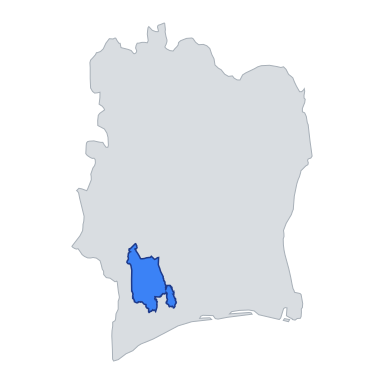 location of Nawa, Bas-Sassandra, Ivory Coast
{"feature_id": "98640826B56207519899242", "entity_name": "Nawa", "entity_type": "district", "adm_level": 2, "iso_a3": "CIV", "parent_name": "Ivory Coast", "parent_adm1": "Bas-Sassandra", "projection": "equal_earth", "projection_center": [-6.491, 5.911], "detail": "fine", "context": "in_parent", "style": "filled", "palette": "blue", "viewbox_px": 384, "rotation_deg": 0, "n_neighbors": 0, "source": "geoboundaries", "source_scale": "gbopen_adm2", "svg_char_len": 8814}
<svg xmlns="http://www.w3.org/2000/svg" viewBox="0 0 384 384"><path d="M96.4,52.7L97.5,52.6L100.5,51.5L103.3,48.8L105.9,43.2L109.3,38.7L113.2,39.0L114.4,38.2L115.7,38.1L117.3,41.0L119.0,43.3L120.1,43.3L121.0,47.6L128.1,49.4L131.1,50.5L133.7,53.6L134.6,53.7L135.7,53.1L136.5,52.0L136.7,50.8L135.6,48.0L136.1,45.5L137.2,43.2L139.0,43.1L141.8,42.4L144.9,42.4L147.3,42.8L148.2,40.6L147.3,34.2L147.6,30.8L148.0,27.8L148.8,26.6L152.3,30.3L155.6,31.6L157.9,31.7L158.5,31.1L157.5,27.0L157.8,25.8L158.6,25.1L160.1,24.7L164.2,23.0L164.7,23.4L165.4,29.7L165.1,31.8L165.9,36.1L167.0,40.1L166.9,41.8L166.1,44.3L165.0,46.5L165.1,47.5L166.8,49.0L169.9,50.6L173.1,51.0L174.9,48.7L176.8,46.8L178.1,45.1L178.6,42.5L180.6,40.7L186.5,38.4L191.9,38.0L193.2,38.8L195.6,42.3L198.7,44.7L203.4,44.4L206.9,45.8L209.8,48.5L211.8,54.5L214.0,58.8L215.0,65.0L218.4,68.2L221.1,69.7L224.7,74.2L228.5,76.4L232.4,75.9L234.2,78.2L237.1,79.9L240.0,80.0L242.6,74.9L245.9,72.8L254.5,68.7L257.8,66.8L261.3,65.7L269.5,65.3L277.1,66.6L280.9,67.5L283.5,66.8L286.0,69.3L288.6,74.4L290.7,76.0L292.8,77.8L294.4,81.9L296.3,85.9L297.3,87.7L299.6,91.7L301.6,91.7L303.5,90.0L304.3,88.7L304.7,91.3L304.0,95.6L304.1,98.2L305.2,99.2L304.7,102.6L302.4,108.4L302.4,111.8L304.7,112.9L306.3,116.5L307.3,122.7L308.2,124.8L308.3,126.0L310.0,141.0L312.1,156.1L310.8,158.1L309.0,158.6L307.9,159.3L307.6,160.7L308.3,162.8L307.9,164.7L305.7,166.0L300.9,170.8L300.6,172.7L299.4,176.8L298.3,179.2L296.8,183.9L294.3,196.1L293.5,206.2L293.3,209.3L292.4,211.5L291.3,214.7L286.2,223.3L283.5,230.4L283.9,233.5L284.0,236.6L283.2,238.9L283.4,244.9L284.0,249.9L285.0,254.8L288.8,268.8L290.7,277.2L292.0,284.1L293.0,288.6L294.0,290.5L294.5,292.3L300.0,293.5L301.1,294.6L302.7,303.5L302.4,307.5L301.3,309.0L301.4,312.4L301.1,316.6L300.3,318.3L297.2,318.5L295.1,320.1L292.3,319.5L292.0,318.5L290.5,318.1L286.4,315.7L287.0,307.9L285.1,307.6L283.6,308.6L280.7,317.9L279.3,319.5L258.7,314.7L254.2,310.9L248.8,310.0L239.4,310.4L231.7,311.6L229.5,313.9L249.0,312.5L251.1,312.8L252.1,314.2L227.4,317.3L218.0,319.1L215.3,318.6L213.1,315.6L202.9,315.3L200.8,316.2L199.6,318.4L203.6,318.0L209.9,317.8L211.6,319.5L191.8,321.7L178.0,325.9L172.2,329.0L153.0,339.1L141.2,343.9L138.2,345.7L132.8,350.7L126.0,353.8L118.3,359.6L113.6,361.0L112.6,359.1L112.4,349.2L111.8,335.9L112.0,330.9L112.7,326.1L112.7,322.2L115.0,320.7L115.6,319.0L116.0,313.9L118.2,309.2L118.2,301.1L118.9,299.3L119.4,297.2L118.4,291.8L117.2,281.7L116.6,281.1L116.1,281.5L114.9,281.7L110.1,278.2L106.3,277.6L103.7,274.6L103.6,271.2L102.3,269.2L101.4,265.3L100.1,260.8L96.4,258.1L93.0,257.5L90.6,258.0L87.7,257.9L84.4,256.4L82.1,254.6L80.0,251.4L78.0,248.7L76.4,249.1L74.5,248.4L72.6,247.2L71.9,246.3L79.9,235.9L82.6,230.7L82.9,227.6L83.0,224.4L83.8,221.2L84.1,216.3L79.7,198.4L78.6,192.8L77.4,191.2L76.6,190.6L78.9,188.3L81.9,188.9L86.7,190.7L87.7,188.9L91.3,179.8L91.2,176.5L90.8,174.2L92.9,168.0L94.6,165.6L95.4,163.0L95.2,159.5L93.9,158.2L92.3,158.4L90.3,157.5L87.3,155.5L85.8,153.7L86.2,145.5L86.5,143.0L87.6,141.6L89.3,141.2L93.9,140.9L97.7,141.8L101.0,142.4L102.8,142.4L104.2,144.8L106.1,147.3L107.8,147.3L108.4,145.4L108.0,137.4L106.9,133.1L104.4,129.0L97.8,125.5L97.7,120.6L98.3,115.3L99.8,113.3L104.6,109.9L103.8,108.1L102.2,106.2L99.1,104.2L99.9,97.8L100.0,92.2L97.4,92.8L94.7,93.1L92.5,91.4L90.6,88.0L90.2,78.5L90.2,67.5L89.9,62.7L90.6,60.1L92.9,57.7L95.5,54.7L96.4,52.7ZM289.6,319.6L288.5,321.7L283.3,320.4L284.5,318.6L289.6,319.6Z" fill="#d9dde1" stroke="#a8b0b8" stroke-width="1"/><path d="M131.7,291.0L131.8,291.0L131.8,290.7L132.2,291.3L132.2,291.9L132.7,293.0L132.8,293.6L133.1,294.1L132.9,294.4L132.8,295.5L132.7,295.8L132.8,296.1L132.7,296.2L132.9,296.4L132.9,296.9L133.1,297.3L132.8,297.5L132.6,297.8L132.6,298.0L132.7,298.3L133.0,298.7L133.5,298.8L133.8,299.2L133.9,299.4L133.9,299.7L134.2,300.5L134.4,300.5L134.5,300.8L134.5,301.1L134.5,301.3L134.4,301.7L136.5,302.8L137.1,302.7L137.7,302.8L138.1,302.5L138.2,302.3L138.1,302.1L138.3,301.8L138.6,301.9L139.1,301.8L139.6,301.8L139.8,302.0L140.4,302.2L140.7,302.1L140.8,301.7L141.0,301.7L141.1,301.8L141.4,301.9L141.5,302.0L141.9,301.9L142.2,302.0L143.8,303.9L144.7,304.4L145.9,304.5L145.9,304.8L145.9,305.1L146.0,305.4L145.9,306.4L146.2,306.7L146.2,307.2L146.4,307.3L146.6,307.6L146.8,307.8L147.0,308.0L147.2,308.3L147.5,308.3L147.6,308.2L147.8,308.3L147.9,308.2L148.0,308.3L148.1,308.5L148.3,308.6L148.6,308.7L148.6,312.3L148.6,312.2L149.0,312.5L149.5,312.3L149.6,312.2L149.6,311.9L149.8,311.6L150.0,311.7L150.4,311.4L151.0,311.3L151.2,311.1L151.6,311.1L151.7,310.7L151.9,310.6L152.3,310.3L152.7,310.1L152.8,309.9L153.3,310.4L153.5,310.2L154.6,310.1L155.6,311.5L156.9,307.3L157.0,305.0L156.8,305.0L156.7,304.7L156.9,303.5L156.8,302.8L156.9,302.2L157.2,302.0L157.3,301.9L157.2,301.7L156.8,301.7L156.4,301.2L156.3,300.8L156.5,300.5L156.7,300.0L156.6,299.9L156.4,299.4L156.2,299.2L156.0,299.4L155.8,299.4L155.5,299.6L155.2,299.6L155.1,299.1L154.9,298.9L154.7,298.8L154.7,298.6L155.0,298.1L155.3,297.7L155.2,297.6L155.0,297.3L155.1,297.0L155.0,296.7L159.5,297.0L159.9,296.5L160.2,296.6L160.4,296.5L160.5,296.6L160.7,296.3L161.0,296.3L161.0,295.9L161.2,295.3L161.7,295.1L161.9,294.7L162.1,294.6L162.1,294.4L162.6,294.0L162.6,293.8L162.7,293.7L162.8,293.8L162.9,293.7L163.6,293.8L163.7,293.6L163.8,293.6L164.2,293.9L164.4,293.8L164.6,293.9L165.0,293.7L165.2,293.3L165.6,293.5L165.8,293.4L166.0,293.1L166.2,292.9L166.2,292.6L166.5,293.1L167.0,293.1L167.1,293.3L166.9,293.7L166.8,293.9L166.7,293.8L166.6,294.0L166.7,294.3L166.7,294.5L166.8,294.6L167.0,294.8L166.9,295.0L166.8,295.3L166.6,295.7L166.6,296.3L166.8,296.8L166.8,297.2L166.8,297.5L166.7,297.8L166.8,298.1L167.2,298.5L167.3,298.9L167.3,299.1L167.5,299.4L167.4,299.7L167.3,299.9L167.3,300.2L167.1,300.5L166.9,301.0L166.8,301.4L166.9,301.6L166.6,301.6L166.4,301.8L166.4,302.4L166.3,302.6L166.2,302.6L166.2,303.1L166.7,303.4L167.1,304.0L167.7,304.1L168.1,304.5L168.3,304.5L168.6,304.8L168.8,305.5L169.1,306.4L169.2,306.6L169.5,306.8L169.7,306.7L169.7,306.4L171.0,306.4L171.5,306.7L172.3,306.2L172.8,306.6L173.0,307.0L173.3,307.7L173.5,307.6L173.6,307.8L174.0,307.6L174.3,307.6L174.5,307.1L174.6,306.9L175.0,306.3L174.9,306.0L174.8,305.8L174.9,305.2L175.0,305.0L175.0,304.7L175.4,304.2L175.6,303.8L175.6,303.4L175.7,303.2L175.9,303.2L176.0,303.2L176.0,302.6L176.3,302.2L176.2,302.0L175.9,301.7L175.9,301.2L175.6,300.8L175.4,300.4L175.3,300.2L175.5,300.0L175.6,299.5L175.6,299.2L175.4,299.0L175.5,298.7L175.3,298.5L175.2,298.6L174.8,298.6L174.5,297.7L174.5,297.4L174.4,297.4L174.2,297.0L174.0,296.7L173.7,295.9L173.7,295.4L173.5,295.0L173.7,294.7L173.6,294.4L173.4,294.5L173.2,294.3L173.3,294.3L173.5,294.3L173.8,294.1L173.7,293.8L173.8,293.5L173.7,293.1L173.8,293.0L174.0,292.8L173.9,292.4L173.7,292.5L173.5,292.3L173.4,291.9L173.5,291.6L173.2,291.7L172.9,291.3L173.0,291.1L172.6,290.7L172.4,290.1L172.4,289.9L172.2,289.5L172.2,289.1L172.0,288.8L171.9,289.0L171.9,289.4L171.7,289.4L171.6,289.5L171.7,289.2L171.8,288.8L171.6,288.7L171.6,288.2L171.8,288.0L171.9,287.9L171.8,287.7L171.9,287.3L171.0,286.6L170.9,286.6L170.8,286.8L170.6,286.4L170.4,286.4L170.5,285.9L170.5,285.7L170.0,285.4L167.1,285.5L165.8,289.5L165.7,289.5L165.6,289.3L165.7,289.2L165.8,288.9L165.9,288.6L165.5,287.8L165.6,287.5L165.6,287.1L165.8,286.8L165.8,286.6L165.9,286.4L165.7,285.9L165.6,285.6L165.6,285.1L165.5,284.9L165.5,284.6L165.1,284.2L165.0,283.8L164.9,283.6L165.0,282.7L164.7,281.5L164.5,281.4L164.3,281.2L164.1,281.1L164.1,280.7L163.8,280.6L163.7,280.4L163.6,279.5L163.7,279.2L163.5,278.5L163.3,278.3L163.1,278.0L163.2,277.4L163.1,277.1L163.2,276.7L160.6,271.5L159.6,268.1L158.8,266.2L158.3,264.6L158.6,257.5L158.1,257.6L157.7,257.6L157.3,257.8L155.8,258.9L154.6,259.4L151.3,256.3L150.4,257.4L147.8,257.6L147.5,257.7L146.5,257.8L144.4,258.5L142.7,258.7L141.7,258.8L140.5,258.6L140.4,258.4L139.3,256.1L137.7,253.4L136.0,250.9L136.0,250.5L135.8,250.0L135.7,249.8L135.7,249.5L135.2,249.6L135.0,249.3L135.0,248.9L135.1,248.7L135.3,248.7L135.8,248.9L136.1,248.8L136.2,248.7L136.3,248.5L136.6,248.3L136.8,248.0L137.0,247.8L137.0,247.5L137.0,247.3L136.9,247.0L136.6,246.1L136.7,245.7L136.1,244.8L136.0,244.3L135.9,244.0L135.7,243.8L135.5,243.7L135.3,243.9L135.1,243.9L130.0,249.0L129.3,248.7L129.2,248.8L129.0,249.6L129.1,249.8L129.1,250.1L129.0,250.4L129.1,250.5L129.3,250.8L129.5,251.0L130.0,251.7L130.2,251.8L129.1,252.2L129.0,252.4L129.0,252.8L128.8,253.3L128.7,253.4L128.4,253.4L128.2,255.0L128.2,255.7L127.9,256.4L128.0,256.6L128.1,257.1L128.3,257.3L128.3,257.7L128.3,258.1L128.4,258.5L128.4,259.2L128.0,259.9L127.8,260.0L127.6,260.6L127.1,261.1L127.1,261.6L126.9,262.1L127.0,262.5L127.3,262.8L127.8,263.5L128.0,263.6L128.7,263.8L129.2,263.5L129.7,263.9L129.9,263.9L130.3,264.3L130.3,264.5L130.5,264.9L130.8,265.1L130.9,265.5L131.0,265.9L131.8,270.3L131.6,279.2L131.7,291.0Z" fill="#3b82f6" stroke="#1e3a8a" stroke-width="1.5"/></svg>